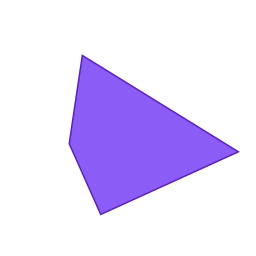 SVG path tracing the border of Yaren, rotated 323°
{"feature_id": "NRU-4983", "entity_name": "Yaren", "entity_type": "state/province", "adm_level": 1, "iso_a3": "NRU", "parent_name": "Nauru", "parent_adm1": "", "projection": "natural_earth1", "projection_center": [166.924, -0.543], "detail": "fine", "context": "isolated", "style": "filled", "palette": "violet", "viewbox_px": 256, "rotation_deg": 323, "n_neighbors": 0, "source": "natural_earth", "source_scale": "10m", "svg_char_len": 238}
<svg xmlns="http://www.w3.org/2000/svg" viewBox="0 0 256 256"><g transform="rotate(323 128 128)"><path d="M201.8,213.4L54.2,180.6L71.6,105.2L88.1,88.9L135.2,42.6L201.8,213.4Z" fill="#8b5cf6" stroke="#5b21b6" stroke-width="1.5"/></g></svg>